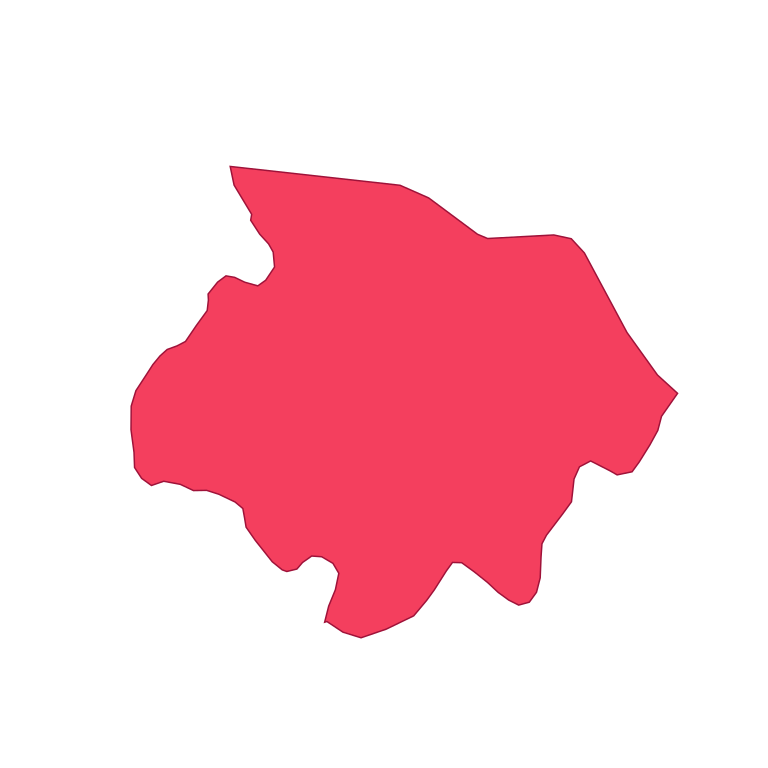 SVG path tracing the border of Staro Nagoričane, rotated 36°
{"feature_id": "MKD-2910", "entity_name": "Staro Nagoričane", "entity_type": "Statistical Region", "adm_level": 1, "iso_a3": "MKD", "parent_name": "North Macedonia", "parent_adm1": "", "projection": "natural_earth1", "projection_center": [21.9, 42.216], "detail": "fine", "context": "isolated", "style": "filled", "palette": "rose", "viewbox_px": 768, "rotation_deg": 36, "n_neighbors": 0, "source": "natural_earth", "source_scale": "10m", "svg_char_len": 1358}
<svg xmlns="http://www.w3.org/2000/svg" viewBox="0 0 768 768"><g transform="rotate(36 384 384)"><path d="M450.1,156.4L469.1,160.2L550.3,199.5L600.0,216.0L627.0,219.0L627.5,247.0L632.8,260.6L634.9,277.0L636.3,297.0L636.3,309.2L626.0,320.5L617.8,321.4L596.4,324.8L590.8,336.1L593.6,349.2L600.5,361.3L604.9,369.1L604.9,383.9L604.3,410.8L605.7,420.4L612.7,431.6L624.3,449.0L629.8,462.9L629.8,475.1L622.9,483.7L611.9,485.5L598.9,485.5L594.1,484.9L584.4,483.7L567.1,482.9L551.9,482.9L544.3,488.1L544.3,498.5L545.7,521.1L545.7,534.1L544.3,554.1L529.9,581.0L514.6,602.8L496.7,608.9L477.4,609.7L476.0,611.6L469.8,596.2L465.6,579.0L458.7,563.7L448.1,559.1L435.1,560.4L426.6,565.7L423.0,576.3L422.3,584.9L415.6,592.8L410.9,594.2L398.1,593.5L371.9,586.2L356.6,580.9L349.9,574.3L343.0,567.7L332.9,567.0L315.1,570.3L303.0,574.3L292.5,582.2L278.2,584.9L262.9,592.2L255.5,602.8L243.4,602.8L231.3,598.2L221.9,586.2L206.2,569.7L192.5,550.5L187.2,535.2L186.3,516.7L185.6,504.1L186.3,492.8L188.3,483.5L194.1,474.9L198.4,466.3L197.8,447.1L197.8,428.5L192.6,419.3L188.8,414.6L189.5,399.4L192.6,389.4L200.5,385.5L211.5,383.5L224.2,378.8L227.3,369.6L226.7,353.7L216.8,342.4L208.3,338.5L195.3,335.8L179.9,329.9L177.2,324.5L145.8,311.2L131.7,298.4L280.2,213.8L310.8,207.2L371.6,207.9L382.3,205.4L433.8,163.6L450.1,156.4Z" fill="#f43f5e" stroke="#9f1239" stroke-width="1.5"/></g></svg>